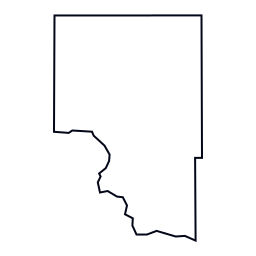 the district of Gooding, Idaho, United States of America
{"feature_id": "52423323B5287094029931", "entity_name": "Gooding", "entity_type": "district", "adm_level": 2, "iso_a3": "USA", "parent_name": "United States of America", "parent_adm1": "Idaho", "projection": "albers", "projection_center": [-114.845, 42.924], "detail": "fine", "context": "isolated", "style": "outline", "palette": "ink", "viewbox_px": 256, "rotation_deg": 0, "n_neighbors": 0, "source": "geoboundaries", "source_scale": "gbopen_adm2", "svg_char_len": 488}
<svg xmlns="http://www.w3.org/2000/svg" viewBox="0 0 256 256"><path d="M201.5,15.4L54.5,15.5L54.0,131.8L68.7,132.9L72.3,130.5L92.0,131.7L93.7,135.7L104.5,145.6L109.6,154.6L109.1,161.0L105.8,168.1L99.1,173.5L100.6,176.5L97.8,182.4L100.0,192.5L107.6,191.0L117.0,196.6L122.8,197.2L127.0,205.5L125.0,214.3L132.8,218.3L132.4,225.6L136.5,234.5L147.0,234.5L156.6,230.9L175.7,236.5L184.9,235.9L195.6,240.6L195.1,157.9L202.0,157.9L201.5,15.4Z" fill="none" stroke="#020617" stroke-width="2"/></svg>